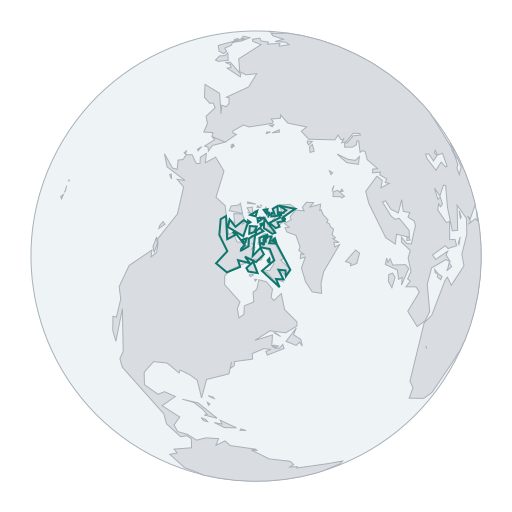 globe centered on Nunavut, rotated 28°
{"feature_id": "CAN-634", "entity_name": "Nunavut", "entity_type": "Territory", "adm_level": 1, "iso_a3": "CAN", "parent_name": "Canada", "parent_adm1": "", "projection": "orthographic", "projection_center": [-85.605, 67.518], "detail": "medium", "context": "on_globe", "style": "outline", "palette": "teal", "viewbox_px": 512, "rotation_deg": 28, "n_neighbors": 0, "source": "natural_earth", "source_scale": "10m", "svg_char_len": 12057}
<svg xmlns="http://www.w3.org/2000/svg" viewBox="0 0 512 512"><g transform="rotate(28 256 256)"><circle cx="256" cy="256" r="225" fill="#eef3f6" stroke="#a8b0b8"/><path d="M311.1,474.5L312.4,474.0L308.5,474.4L292.3,476.4L273.0,471.6L278.9,466.9L274.3,465.0L289.1,455.6L284.8,447.8L279.4,447.1L274.4,451.0L255.8,446.2L248.8,438.7L190.3,417.0L184.0,410.6L183.5,402.5L162.7,365.1L172.3,397.1L164.5,389.0L158.0,376.4L161.4,375.4L156.8,357.5L149.6,347.4L148.4,324.0L161.3,299.5L163.7,306.1L166.6,299.7L163.7,291.2L161.1,287.2L166.9,255.7L159.7,229.1L150.4,225.3L157.9,222.7L135.6,219.0L127.2,208.7L141.0,217.6L145.7,216.4L142.2,207.9L146.3,205.0L146.9,199.3L152.1,196.6L159.7,202.3L163.2,200.7L160.5,194.9L164.0,188.7L167.5,197.5L173.9,187.7L187.9,196.1L193.1,222.9L205.1,226.0L221.8,250.0L224.5,245.7L232.6,252.5L238.8,250.1L240.1,255.5L243.9,249.1L241.5,244.6L242.4,240.4L245.8,238.7L248.1,245.1L246.7,246.9L249.2,247.9L248.9,252.0L251.0,249.0L253.3,257.2L256.1,246.7L262.3,251.3L262.4,257.4L255.7,259.8L239.5,280.8L237.7,288.2L241.7,296.0L263.5,304.1L264.2,311.2L270.0,318.6L272.7,313.2L269.1,305.5L275.6,297.5L270.4,289.3L272.3,285.0L269.7,275.6L277.3,273.9L286.1,277.4L288.6,285.2L292.6,287.1L296.0,277.3L306.4,289.9L323.1,294.9L325.0,298.7L318.2,309.9L303.4,315.5L294.6,331.1L307.6,318.0L312.2,328.1L316.0,328.6L320.0,326.4L321.1,321.5L324.2,324.5L312.5,338.2L309.5,335.7L313.3,331.3L306.3,334.2L298.5,344.0L301.4,348.6L286.4,359.4L288.3,362.9L286.1,367.3L284.1,360.9L287.4,372.8L270.3,388.2L274.6,406.9L262.5,393.3L253.3,391.9L242.5,392.3L243.0,395.4L227.9,392.2L215.2,397.3L211.8,411.1L217.9,422.0L234.4,424.1L238.9,418.8L250.7,417.9L243.4,432.3L264.3,434.0L262.9,443.6L269.2,447.8L279.3,445.7L290.0,446.5L297.0,440.2L308.7,434.8L309.5,441.9L315.5,433.8L322.3,435.5L345.1,427.2L343.5,429.5L362.8,429.0L382.6,421.2L387.2,422.5L384.9,426.4L391.5,422.6L391.6,424.0L416.8,405.7L428.7,396.4L427.6,400.3L416.3,413.9L412.3,418.2L399.9,429.4L386.6,439.6L372.6,448.8L358.0,456.9L342.8,463.9L327.1,469.8L311.1,474.5ZM55.6,295.2L57.1,292.1L57.5,296.9L55.6,295.2ZM57.1,288.3L56.8,289.8L56.9,288.2L57.1,288.3ZM56.7,285.9L57.0,287.7L56.4,285.9L56.7,285.9ZM55.8,282.9L56.4,284.4L56.2,284.4L55.8,282.9ZM274.0,412.9L297.9,417.5L284.9,420.7L287.3,418.9L281.1,416.4L269.8,414.5L258.3,417.0L274.0,412.9ZM55.2,277.6L55.1,276.2L55.8,277.3L55.2,277.6ZM283.3,401.9L279.2,401.7L283.1,401.1L283.3,401.9ZM159.3,285.9L163.2,291.4L164.3,300.3L160.6,296.1L159.3,285.9ZM157.8,269.2L160.8,270.7L157.3,277.3L156.7,274.4L157.8,269.2ZM142.8,223.4L145.2,227.7L141.5,224.6L142.8,223.4ZM146.0,199.0L144.1,198.7L145.2,195.9L146.0,199.0ZM265.7,277.2L267.6,276.4L267.1,278.6L265.7,277.2ZM262.7,273.9L260.7,276.9L258.9,275.9L260.2,274.0L262.7,273.9ZM154.2,189.3L156.7,184.9L155.5,190.3L154.2,189.3ZM265.6,270.5L256.1,273.5L253.2,271.6L255.5,263.0L265.6,270.5ZM159.0,183.0L164.9,172.7L161.0,171.2L175.4,169.9L165.6,178.9L164.7,185.7L162.5,182.3L159.0,183.0ZM239.3,244.0L242.0,248.6L236.6,246.4L239.3,244.0ZM235.6,243.6L217.7,243.3L215.4,235.7L221.9,237.3L216.4,229.0L224.1,225.5L228.8,229.2L228.8,234.7L231.8,229.2L235.6,243.6ZM182.4,170.9L184.9,169.4L183.7,172.1L182.4,170.9ZM242.3,238.5L238.9,239.0L236.7,232.5L243.1,230.3L241.8,233.1L242.3,238.5ZM211.1,228.6L210.6,223.5L216.7,219.2L217.4,216.7L224.1,224.7L211.1,228.6ZM244.0,233.7L246.5,229.4L250.6,230.9L245.5,237.6L244.0,233.7ZM233.4,231.8L232.7,228.6L235.2,229.6L233.4,231.8ZM266.8,234.3L262.8,234.9L261.3,231.6L266.8,234.3ZM247.1,227.6L245.7,227.1L244.6,225.9L247.0,223.5L247.1,227.6ZM227.9,221.2L230.5,220.6L225.5,217.7L229.8,214.5L233.5,220.5L233.8,216.6L235.1,215.6L236.6,221.6L227.9,221.2ZM246.3,217.4L252.5,224.2L260.3,223.7L261.9,226.7L249.0,226.9L246.3,217.4ZM240.5,219.3L244.5,218.8L244.4,222.6L241.6,225.4L240.5,219.3ZM231.5,210.2L223.8,213.5L223.3,212.1L231.5,210.2ZM248.6,216.5L247.1,214.9L249.2,216.0L248.6,216.5ZM236.8,211.2L234.1,212.6L233.6,210.9L236.8,211.2ZM246.2,210.6L248.2,212.8L246.4,214.7L246.2,210.6ZM241.9,210.3L241.8,207.7L244.5,214.1L240.8,211.1L241.9,210.3ZM236.7,209.4L235.5,208.9L237.9,209.1L236.7,209.4ZM251.9,202.3L255.8,209.9L251.8,214.0L248.6,206.0L251.9,202.3ZM266.1,30.9L266.8,31.0L271.3,31.2L287.2,32.9L303.0,35.7L318.5,39.6L333.8,44.6L341.4,47.5L351.6,53.1L378.1,68.8L379.2,70.5L384.7,74.2L391.5,80.9L392.0,83.9L397.4,88.7L395.3,81.0L389.2,76.1L380.3,70.8L381.2,70.1L374.3,64.8L389.4,74.5L402.5,84.9L414.8,96.2L426.2,108.4L425.4,107.7L427.8,123.0L425.1,121.5L424.9,121.6L424.6,121.7L429.6,125.2L428.5,128.3L432.2,120.1L434.9,120.8L429.6,112.5L439.8,125.7L448.9,139.7L457.0,154.3L464.0,169.5L469.8,185.1L474.5,201.1L478.0,217.5L480.2,234.0L480.0,231.8L479.9,234.0L480.6,244.2L479.9,246.8L479.8,252.8L475.4,293.9L470.9,303.0L458.0,309.6L456.5,298.6L450.7,294.3L435.8,235.9L439.0,225.8L434.4,189.0L434.9,184.8L442.2,190.2L444.2,167.0L436.9,157.7L431.9,137.7L424.3,124.1L409.7,116.7L422.0,138.7L417.5,141.6L402.2,123.1L390.4,104.8L388.2,105.4L390.1,116.6L381.7,112.3L390.1,120.6L390.9,117.3L396.2,122.5L395.8,125.9L392.8,124.2L394.7,129.9L408.4,137.1L410.7,134.5L419.3,150.6L424.0,148.0L428.3,152.8L422.1,159.2L418.3,158.1L411.4,172.2L416.2,174.7L423.0,161.7L423.4,165.9L429.9,169.7L425.3,170.1L416.6,184.1L420.5,200.6L435.5,223.6L435.7,234.0L431.4,242.6L415.9,233.5L417.2,211.2L411.7,208.1L402.9,212.8L404.0,205.7L400.6,205.0L400.2,197.0L391.3,186.4L389.6,178.7L378.0,175.5L375.6,171.2L383.2,174.2L387.5,172.4L382.4,154.0L379.1,150.8L371.9,150.3L371.4,145.5L365.1,147.4L358.2,137.9L361.4,151.2L353.1,151.4L344.5,146.5L342.3,149.0L356.3,157.2L361.4,158.4L364.8,155.5L379.1,161.4L382.6,167.5L369.8,170.8L373.4,180.1L361.9,178.9L331.1,156.8L322.5,147.4L325.3,128.8L332.0,130.0L334.3,137.2L339.6,129.2L335.6,130.5L335.2,126.6L327.1,126.2L326.5,123.5L319.9,127.9L318.2,124.5L322.4,121.8L309.0,118.7L303.2,112.4L300.5,113.1L299.2,115.6L292.7,106.2L291.0,107.1L292.5,110.5L290.0,114.6L283.2,118.3L281.3,114.9L283.5,113.1L285.3,104.3L291.5,100.2L290.1,99.2L284.2,101.9L282.0,112.6L278.5,115.9L278.5,110.5L278.2,112.7L275.9,113.3L271.7,110.6L271.2,116.4L247.7,128.1L237.4,124.6L240.1,118.3L221.7,123.7L211.5,119.9L212.9,122.9L205.0,128.0L208.1,129.2L208.2,131.1L189.3,145.3L183.4,146.2L176.9,156.4L177.6,158.1L181.6,157.9L175.4,169.9L161.0,171.2L160.1,167.3L151.7,171.0L150.9,161.8L146.3,156.1L150.3,144.3L146.4,141.0L143.5,142.9L136.0,140.1L130.4,128.4L147.5,129.5L158.4,146.9L155.0,138.9L159.5,138.3L160.6,134.1L157.9,128.9L155.3,129.7L170.1,110.2L171.1,94.6L162.0,100.8L155.1,100.9L148.2,90.0L161.3,66.9L152.3,68.0L151.1,66.4L157.2,61.8L159.3,63.8L166.5,61.4L166.7,63.5L177.3,57.1L178.1,59.8L186.0,53.8L181.8,53.3L172.1,57.7L178.6,51.7L167.4,53.7L165.0,52.3L179.9,44.1L194.6,39.3L212.1,35.0L230.0,32.2L248.0,30.9L266.1,30.9ZM448.2,255.7L450.4,257.7L448.2,255.7ZM382.7,87.2L372.5,77.8L368.8,81.7L364.6,78.5L364.9,81.1L368.6,82.1L368.1,88.8L360.8,84.8L357.8,86.3L361.1,89.6L374.6,95.8L375.4,86.1L381.3,88.4L382.7,87.2ZM345.8,426.8L348.6,427.1L345.0,428.6L345.8,426.8ZM283.5,424.5L288.4,424.0L291.0,425.0L287.3,426.0L283.5,424.5ZM323.8,415.8L329.2,414.8L323.7,417.3L323.8,415.8ZM301.5,417.8L319.4,416.9L308.7,422.3L297.3,422.7L305.0,420.4L301.5,417.8ZM281.7,408.0L284.8,408.3L284.1,410.2L281.7,408.0ZM286.1,401.5L285.0,401.8L283.3,400.5L286.1,401.5ZM312.9,327.2L313.9,326.2L318.1,325.0L316.5,327.5L312.9,327.2ZM334.7,308.6L339.2,313.8L334.8,311.7L333.5,316.1L322.6,317.3L325.4,300.7L326.1,307.9L334.7,308.6ZM309.0,314.7L315.5,315.6L308.2,315.3L309.0,314.7ZM382.0,210.0L384.6,206.9L388.9,209.7L390.9,220.2L384.8,216.3L382.0,210.0ZM387.4,202.0L374.1,202.7L372.3,196.4L375.5,199.7L375.7,195.5L381.0,199.8L392.2,193.4L396.7,195.5L398.1,213.4L395.2,206.3L392.8,209.6L387.4,202.0ZM343.4,218.0L337.6,218.8L341.1,204.0L346.1,204.9L348.5,215.3L344.0,220.3L343.4,218.0ZM271.6,255.0L269.1,256.7L268.5,254.9L270.1,251.9L271.6,255.0ZM265.0,234.9L281.6,245.6L279.6,248.0L291.7,251.6L291.2,259.7L283.4,257.0L292.1,266.0L284.8,266.9L291.3,272.3L274.0,265.6L267.9,266.9L274.9,262.3L275.5,254.9L273.9,252.0L264.8,245.1L251.9,244.5L250.5,237.3L252.9,232.3L255.8,231.3L255.8,236.3L259.6,231.4L261.9,237.9L265.0,234.9ZM281.8,181.8L280.6,187.4L288.7,179.9L291.0,185.8L291.8,184.6L296.1,188.1L302.7,190.3L302.8,193.3L305.4,192.9L308.3,195.3L311.8,195.8L313.2,201.5L317.6,202.6L315.7,204.7L323.0,205.1L318.2,207.4L321.5,210.9L324.4,206.8L323.1,237.9L326.2,249.6L331.5,258.2L322.5,261.3L311.9,255.5L301.8,245.3L300.0,233.8L296.3,237.5L294.4,233.1L298.1,232.0L291.2,231.1L290.6,227.3L281.6,219.0L272.0,220.3L268.4,217.4L271.9,215.0L265.9,213.9L270.1,207.3L267.7,205.2L269.4,196.8L277.5,193.5L274.1,191.4L275.2,185.0L281.8,181.8ZM252.7,199.9L261.9,194.4L267.6,195.0L262.3,209.5L263.9,212.3L260.7,221.9L252.4,220.8L254.1,218.2L253.8,215.4L256.5,216.8L254.1,213.5L256.4,209.8L255.1,206.3L258.4,205.5L252.7,199.9ZM431.4,179.5L431.1,176.3L429.6,171.1L433.7,173.6L431.4,179.5ZM425.8,189.2L424.9,186.1L429.9,186.7L430.2,190.2L425.8,189.2ZM420.1,184.0L424.4,185.9L422.3,186.9L420.1,184.0ZM381.9,171.5L380.4,168.4L381.9,167.9L384.7,169.5L381.9,171.5ZM306.1,161.7L304.6,164.5L303.1,163.9L296.2,167.3L294.0,163.3L297.2,159.7L306.1,161.7ZM414.2,120.7L418.9,125.1L418.9,126.9L417.3,125.0L414.2,120.7ZM428.6,149.8L427.4,143.3L429.8,150.6L428.6,149.8ZM302.5,157.9L300.0,159.7L300.4,156.6L302.5,157.9ZM292.0,160.6L291.8,157.1L292.9,163.2L292.0,160.6ZM163.2,51.7L162.4,51.3L163.3,50.8L166.4,49.7L163.2,51.7ZM279.7,127.9L291.7,127.5L298.9,124.9L300.6,119.7L303.4,127.0L292.3,131.0L279.7,127.9ZM251.9,128.4L250.4,133.2L247.6,131.5L247.5,130.2L251.9,128.4ZM253.4,131.0L258.1,136.2L255.1,139.2L252.0,134.5L253.4,131.0ZM280.8,146.3L284.5,146.4L284.0,148.9L280.8,146.3ZM137.7,72.6L139.7,72.8L135.6,76.1L135.3,75.0L137.7,72.6ZM123.8,87.9L135.1,77.2L144.5,69.2L140.9,70.8L141.7,67.8L148.0,66.2L142.4,72.8L135.0,78.6L135.3,81.4L130.8,87.1L134.0,89.1L132.4,92.5L127.3,92.5L123.8,87.9ZM135.7,89.8L139.6,96.2L131.0,102.0L128.2,101.9L130.0,96.4L134.4,93.7L135.7,89.8ZM138.0,99.5L142.3,97.0L157.1,102.5L158.1,105.2L142.3,103.7L145.5,101.2L143.4,99.0L138.0,99.5ZM183.4,167.8L184.8,169.2L182.2,169.4L183.4,167.8ZM210.0,131.7L209.7,134.3L206.7,134.2L210.0,131.7ZM207.2,141.5L210.7,139.7L207.7,143.1L207.2,141.5ZM218.6,135.5L212.5,139.7L217.2,133.7L218.6,135.5Z" fill="#d9dde1" stroke="#a8b0b8" stroke-width="1"/><path d="M227.5,245.6L241.1,251.7L239.5,256.3L240.1,258.3L240.4,258.1L244.9,250.9L241.5,244.0L245.2,237.6L253.1,257.5L256.1,246.8L262.2,250.8L258.9,261.3L246.6,261.7L253.8,265.3L242.1,268.1L247.1,273.1L238.0,284.1L224.2,281.2L228.4,265.2L213.7,254.6L207.5,240.0L210.8,234.8L222.7,254.7L227.9,247.0L224.2,245.8L227.5,245.6ZM268.2,266.3L274.2,251.3L264.8,243.3L255.8,246.3L250.5,238.5L256.5,231.3L254.7,235.5L255.0,238.4L257.0,241.2L256.5,241.1L254.4,242.3L257.0,242.6L257.2,239.7L256.4,239.7L256.1,238.8L255.5,238.5L255.5,238.3L257.7,238.3L255.9,234.9L257.9,235.4L256.2,234.0L260.5,231.5L261.6,238.6L268.2,235.4L292.8,252.1L291.9,259.8L288.8,254.9L282.2,257.6L291.3,263.7L284.5,266.9L291.5,272.5L268.2,266.3ZM268.5,195.9L261.5,209.4L264.1,209.5L264.3,210.2L261.0,210.6L264.5,212.0L259.1,216.1L263.0,219.1L260.3,222.1L252.3,220.4L259.1,210.9L255.4,206.1L259.6,208.8L257.6,206.0L260.9,204.8L259.6,204.8L261.2,201.4L252.4,200.8L268.5,195.9ZM228.3,230.1L233.3,230.5L235.5,244.6L217.6,243.6L215.5,236.1L224.2,239.9L228.3,230.1ZM248.6,206.5L251.5,201.8L256.5,210.1L250.9,213.9L249.5,210.7L252.5,210.1L248.6,206.5ZM262.1,226.4L260.0,228.7L249.9,227.8L245.8,219.0L262.1,226.4ZM243.4,235.5L239.6,239.5L236.4,232.5L242.8,229.6L243.4,235.5ZM265.4,270.3L256.6,273.3L253.2,271.1L256.2,262.3L265.4,270.3ZM250.9,230.7L245.8,237.8L244.4,233.5L246.2,229.5L250.9,230.7ZM244.5,218.9L241.8,225.1L239.4,221.9L244.5,218.9ZM231.7,222.4L235.9,215.6L237.1,221.1L231.7,222.4ZM241.2,211.7L244.2,209.3L245.3,213.6L241.2,211.7ZM263.0,235.1L264.3,231.4L267.0,234.0L263.0,235.1ZM239.5,245.0L240.3,251.0L236.5,247.9L239.5,245.0ZM247.0,223.5L246.5,227.4L244.9,225.7L247.0,223.5ZM248.3,214.5L246.3,211.1L248.7,213.1L248.3,214.5ZM268.9,252.1L271.1,255.6L268.3,254.4L268.9,252.1ZM235.2,228.8L233.6,231.5L233.3,229.5L232.6,228.5L235.2,228.8Z" fill="none" stroke="#0f766e" stroke-width="2"/></g></svg>